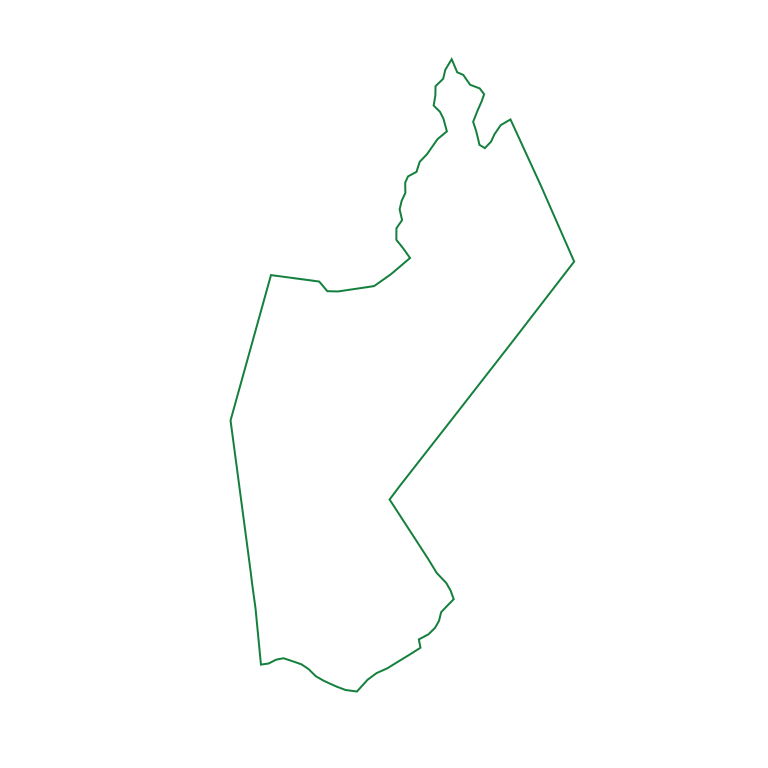 Matriz de Camaragibe, Alagoas, Brazil, rotated 247°
{"feature_id": "56859067B60673202166209", "entity_name": "Matriz de Camaragibe", "entity_type": "district", "adm_level": 2, "iso_a3": "BRA", "parent_name": "Brazil", "parent_adm1": "Alagoas", "projection": "equal_earth", "projection_center": [-35.571, -9.107], "detail": "fine", "context": "isolated", "style": "outline", "palette": "green", "viewbox_px": 768, "rotation_deg": 247, "n_neighbors": 0, "source": "geoboundaries", "source_scale": "gbopen_adm2", "svg_char_len": 1210}
<svg xmlns="http://www.w3.org/2000/svg" viewBox="0 0 768 768"><g transform="rotate(247 384 384)"><path d="M172.4,177.0L170.8,184.4L164.9,191.1L158.2,198.5L151.0,203.2L141.7,207.0L134.7,212.3L129.7,216.8L123.8,222.3L117.4,229.0L111.5,238.9L118.2,253.4L120.8,264.3L121.0,275.8L122.9,288.4L124.8,301.2L127.0,314.5L135.3,316.3L136.2,327.0L139.6,335.7L144.5,342.1L151.6,347.4L154.7,354.5L158.7,364.1L167.5,364.6L176.4,363.6L189.4,358.7L206.3,356.2L275.5,344.0L284.0,358.7L324.2,431.3L372.4,518.0L422.4,606.9L505.5,605.9L578.1,603.8L576.7,592.6L570.6,583.1L565.3,577.3L561.7,569.0L566.9,565.3L574.0,566.6L581.1,567.7L590.5,568.5L599.1,576.9L606.1,584.4L611.6,589.4L618.7,587.6L625.8,580.2L637.6,577.7L642.3,573.2L656.5,573.2L649.3,563.2L641.9,557.8L638.0,547.8L629.5,544.0L620.9,538.5L612.6,541.9L605.2,542.4L592.0,540.6L588.5,529.0L578.7,513.3L574.6,503.7L566.6,496.8L565.7,487.2L561.1,482.2L551.5,478.3L545.7,471.8L538.6,466.6L527.8,464.7L522.5,456.3L511.9,451.7L501.6,454.6L489.8,457.2L482.3,433.1L478.0,413.2L487.2,377.7L491.6,368.1L503.6,364.4L528.4,322.5L410.4,228.5L284.2,193.7L261.5,187.4L251.1,184.4L227.8,178.1L173.8,161.1L171.8,168.6L172.4,177.0Z" fill="none" stroke="#15803d" stroke-width="2"/></g></svg>